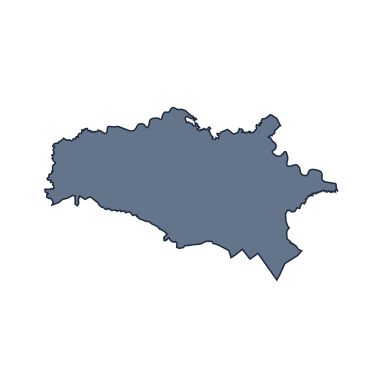 Krimuldas pag., Krimuldas, Latvia (orthographic projection), rotated 233°
{"feature_id": "27541924B6857171142021", "entity_name": "Krimuldas pag.", "entity_type": "district", "adm_level": 2, "iso_a3": "LVA", "parent_name": "Latvia", "parent_adm1": "Krimuldas", "projection": "orthographic", "projection_center": [24.794, 57.217], "detail": "fine", "context": "isolated", "style": "filled", "palette": "slate", "viewbox_px": 384, "rotation_deg": 233, "n_neighbors": 0, "source": "geoboundaries", "source_scale": "gbopen_adm2", "svg_char_len": 6099}
<svg xmlns="http://www.w3.org/2000/svg" viewBox="0 0 384 384"><g transform="rotate(233 192 192)"><path d="M191.6,302.5L199.6,304.0L205.5,301.9L206.8,300.6L206.2,298.9L206.6,297.9L206.6,295.3L207.0,293.7L207.8,292.8L208.0,291.6L207.1,290.2L206.5,290.1L205.4,289.0L205.8,289.0L205.6,288.8L205.7,287.8L206.1,288.0L206.1,287.5L205.7,287.4L205.8,286.8L205.1,287.1L204.4,286.5L205.1,285.8L204.8,285.4L206.8,284.0L206.1,282.9L203.7,281.8L202.6,276.4L204.0,275.2L204.2,274.1L204.6,273.8L205.2,274.7L206.3,273.6L205.8,272.1L207.2,271.1L207.3,269.6L208.0,269.7L209.7,268.0L209.7,269.6L212.3,269.6L213.0,268.4L214.1,268.0L212.2,265.0L212.3,263.1L213.2,260.0L220.6,258.0L222.2,251.6L222.1,249.3L222.6,247.9L223.6,247.5L223.5,247.0L222.0,246.6L221.0,247.3L219.5,246.2L219.4,245.6L218.8,245.2L221.1,243.9L219.9,242.1L222.4,240.0L222.9,241.5L223.6,241.9L225.5,241.3L230.2,242.5L230.7,242.2L231.0,242.5L231.6,245.2L233.4,244.9L233.5,243.7L233.0,241.8L233.0,240.7L234.8,240.3L234.9,239.5L235.6,239.6L235.8,239.1L235.5,238.6L235.6,237.7L236.0,237.3L235.8,236.2L236.7,236.3L237.1,234.3L238.9,233.9L239.3,235.2L238.9,235.8L239.1,237.0L241.3,236.5L242.8,237.2L245.6,236.3L242.4,234.5L243.2,233.7L244.0,233.0L246.6,233.2L248.6,231.7L250.1,231.4L250.4,229.5L254.0,230.4L254.9,230.8L255.3,231.5L255.3,233.7L251.4,235.3L250.8,235.8L249.9,237.4L248.2,236.3L247.7,236.9L247.9,237.7L247.2,239.2L248.5,239.4L249.9,238.3L250.0,238.6L251.6,238.0L252.0,238.3L253.0,237.5L255.3,236.8L260.8,235.8L263.8,233.9L266.9,229.8L270.1,228.4L271.2,227.0L271.2,225.7L269.9,222.2L269.9,220.9L271.6,219.2L272.1,218.4L272.1,217.6L271.2,215.0L268.5,211.7L268.6,211.1L269.0,210.3L271.1,209.5L272.6,207.9L274.3,205.2L274.8,203.4L274.6,201.6L274.0,200.5L271.4,197.9L270.4,195.7L270.4,195.0L270.6,194.5L274.8,194.3L276.4,193.3L277.8,191.5L278.3,189.3L276.9,186.2L276.1,183.7L276.2,182.4L277.2,180.2L279.4,178.4L288.5,172.7L289.5,171.5L290.6,169.2L294.4,165.1L294.7,164.1L294.0,162.9L291.4,160.6L290.9,159.6L290.6,158.7L291.5,157.3L296.2,155.6L298.0,154.1L297.3,153.1L298.4,151.2L298.3,150.3L299.0,150.3L299.1,149.5L300.2,148.9L300.1,148.1L300.4,147.8L301.0,147.5L301.9,148.0L302.6,147.5L302.7,146.8L303.5,145.9L304.4,146.4L305.0,146.1L305.7,146.5L306.2,146.1L306.8,144.7L306.1,142.5L307.2,142.9L307.3,142.7L307.2,141.8L307.8,141.3L305.5,139.5L305.6,138.3L306.2,137.9L306.6,136.8L305.7,134.9L304.4,134.5L304.4,133.8L305.6,133.4L305.8,132.5L304.4,131.2L304.7,130.5L306.0,129.4L305.1,127.7L305.6,126.3L307.3,125.7L308.5,123.3L309.1,123.3L310.2,122.4L312.2,121.9L311.7,117.6L312.3,115.9L311.3,114.2L312.8,113.1L313.4,110.2L312.1,108.2L311.1,109.4L310.3,108.7L309.7,107.1L308.9,106.2L306.6,105.9L306.4,104.8L305.3,104.6L305.0,104.2L305.8,102.3L302.8,101.5L302.6,101.2L302.8,100.4L301.7,100.7L300.6,100.0L297.5,100.6L297.1,100.4L296.9,99.9L297.2,99.1L297.0,97.4L296.2,95.9L292.5,93.3L293.0,92.4L291.4,92.0L292.0,88.4L290.3,86.7L290.0,84.6L289.7,84.2L288.4,84.1L286.4,86.2L285.9,86.2L285.2,84.9L284.8,84.8L283.8,86.1L282.8,86.4L281.6,85.1L280.7,85.3L279.4,84.8L277.9,83.4L278.0,82.8L279.3,81.9L279.6,81.2L279.7,80.0L280.2,79.3L280.9,78.7L281.4,77.6L282.2,77.2L282.6,76.3L282.3,75.7L280.1,74.8L278.4,76.0L277.2,76.2L277.0,75.7L277.4,74.5L276.1,73.9L275.4,72.9L272.8,73.9L272.0,75.3L268.5,75.4L267.3,75.0L265.8,72.3L264.0,78.5L263.8,81.4L264.0,84.4L262.5,87.4L261.7,90.3L261.1,94.6L259.3,96.1L254.9,93.2L252.8,91.4L250.0,92.1L250.9,94.4L252.8,95.9L254.0,96.2L255.6,98.7L256.4,99.0L256.2,100.0L250.4,102.2L249.6,107.5L247.7,108.4L239.8,110.4L237.8,110.0L234.9,110.5L233.9,111.0L233.3,111.8L230.4,112.4L229.3,113.5L229.1,115.4L225.4,116.9L224.5,118.8L222.7,120.7L222.1,120.3L220.3,124.1L219.2,123.4L217.4,127.0L215.6,126.3L213.7,130.3L208.9,130.5L207.6,133.6L205.7,133.0L205.6,133.8L204.7,134.1L203.3,133.4L202.8,133.6L196.2,137.7L193.7,140.2L191.2,140.5L184.9,143.8L182.1,143.7L180.6,144.7L177.1,146.1L173.3,146.8L172.7,142.2L170.0,140.5L169.2,141.6L169.0,143.0L169.5,142.9L169.2,146.1L168.2,145.7L164.7,145.9L162.7,147.7L162.6,148.6L160.2,149.3L157.1,146.5L154.7,147.9L152.8,151.7L153.5,153.6L152.0,156.3L150.9,157.7L149.3,161.1L145.9,166.5L145.0,168.7L144.4,173.0L141.1,177.6L139.9,178.2L138.2,177.8L135.7,180.0L132.3,181.9L123.1,186.2L116.0,183.7L115.7,188.3L115.9,197.7L103.5,198.0L103.2,207.8L70.6,206.8L73.2,212.4L79.0,223.1L77.7,238.0L79.0,244.1L82.3,242.4L86.8,242.6L89.0,241.5L88.9,241.7L90.7,241.2L91.9,239.8L92.9,240.8L97.5,239.7L103.5,243.8L105.1,248.2L106.4,247.7L112.1,249.4L118.5,253.7L119.5,256.2L119.8,257.4L119.1,257.9L118.9,258.2L119.1,258.8L117.8,259.4L116.3,259.4L114.9,261.7L115.0,262.2L114.7,263.0L116.2,266.3L114.0,268.1L114.9,269.1L115.2,269.9L115.8,270.2L116.3,271.4L116.7,273.3L116.4,273.9L114.9,274.7L115.5,275.6L115.4,276.0L116.1,277.4L117.8,278.4L117.3,279.6L118.5,281.3L118.1,282.8L118.5,282.9L117.9,283.8L118.2,284.2L118.2,285.1L117.5,285.1L117.1,285.5L117.9,285.5L118.3,286.0L117.8,287.1L117.2,287.1L118.1,287.9L117.4,289.0L116.1,289.7L116.9,290.5L116.2,290.8L115.4,292.2L115.4,292.8L115.9,292.7L116.0,293.1L115.2,294.4L115.1,295.1L114.5,295.4L114.9,296.4L114.5,296.8L114.2,297.6L113.2,298.0L113.9,298.2L112.0,299.9L111.0,299.5L110.7,299.8L110.6,301.1L110.7,301.6L108.8,302.3L109.3,302.8L108.7,303.5L108.5,302.8L108.3,302.9L107.3,304.3L107.9,304.6L106.9,305.6L106.7,306.4L106.2,306.5L106.8,306.7L106.9,307.0L106.5,307.0L106.5,307.3L107.2,307.8L105.5,308.8L108.1,309.6L111.6,311.7L112.6,311.5L119.6,304.7L122.0,303.4L123.2,303.2L124.4,303.5L126.3,305.5L128.7,306.9L130.9,307.1L133.9,305.4L136.8,302.8L138.0,301.0L138.5,299.5L138.5,298.1L136.5,295.0L136.4,293.2L137.1,292.1L139.4,290.3L141.8,290.2L146.6,292.5L149.7,292.3L151.0,291.7L152.5,288.9L153.1,286.8L154.2,284.8L155.6,284.0L156.7,284.1L158.0,285.1L160.6,288.2L162.5,289.5L166.9,291.2L168.0,290.9L168.4,290.1L167.6,285.5L167.5,284.3L168.0,283.4L170.1,281.1L173.9,279.9L175.1,279.9L176.0,280.4L176.2,284.7L177.9,286.7L178.9,287.3L181.4,287.7L183.9,286.9L187.4,287.2L189.2,286.7L189.7,286.1L189.9,286.5L189.1,287.1L189.9,287.2L190.1,288.5L188.8,289.8L189.3,290.4L189.3,293.7L190.9,294.2L192.0,301.8L191.6,302.5Z" fill="#64748b" stroke="#1e293b" stroke-width="1.5"/></g></svg>